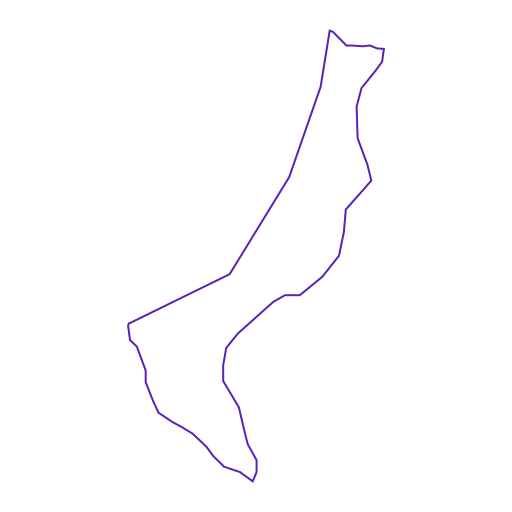 outline of Lenny Hill, Soufrière, Saint Lucia
{"feature_id": "8701671B81462153055318", "entity_name": "Lenny Hill", "entity_type": "district", "adm_level": 2, "iso_a3": "LCA", "parent_name": "Saint Lucia", "parent_adm1": "Soufrière", "projection": "equal_earth", "projection_center": [-61.059, 13.851], "detail": "fine", "context": "isolated", "style": "outline", "palette": "violet", "viewbox_px": 512, "rotation_deg": 0, "n_neighbors": 0, "source": "geoboundaries", "source_scale": "gbopen_adm2", "svg_char_len": 882}
<svg xmlns="http://www.w3.org/2000/svg" viewBox="0 0 512 512"><path d="M329.7,30.7L320.6,86.8L289.2,177.1L229.6,274.2L128.8,323.6L128.1,325.6L130.0,340.1L132.9,342.8L136.9,346.7L145.7,370.5L145.7,382.3L152.2,398.7L153.6,402.1L158.5,412.7L172.2,421.9L174.3,423.0L182.0,427.2L186.9,430.2L192.8,433.8L200.9,441.5L206.6,447.0L213.4,456.2L224.2,466.8L235.0,470.4L239.9,472.0L241.9,473.5L252.7,481.3L256.3,472.8L256.6,470.9L256.6,460.2L247.8,444.3L246.4,439.0L243.8,428.5L240.5,414.3L238.9,407.4L223.2,381.0L223.2,365.2L226.2,348.0L237.9,333.5L273.3,301.8L285.0,295.2L299.7,295.2L303.0,292.6L319.8,278.8L322.3,276.8L339.0,255.7L343.9,231.9L345.8,209.5L364.5,188.4L371.3,180.5L367.4,164.6L357.6,138.2L356.6,106.6L361.5,88.1L375.3,71.0L382.1,61.7L383.9,48.9L377.0,48.4L370.0,45.5L362.5,46.3L351.8,45.5L346.4,45.5L332.9,31.8L329.7,30.7Z" fill="none" stroke="#5b21b6" stroke-width="2"/></svg>